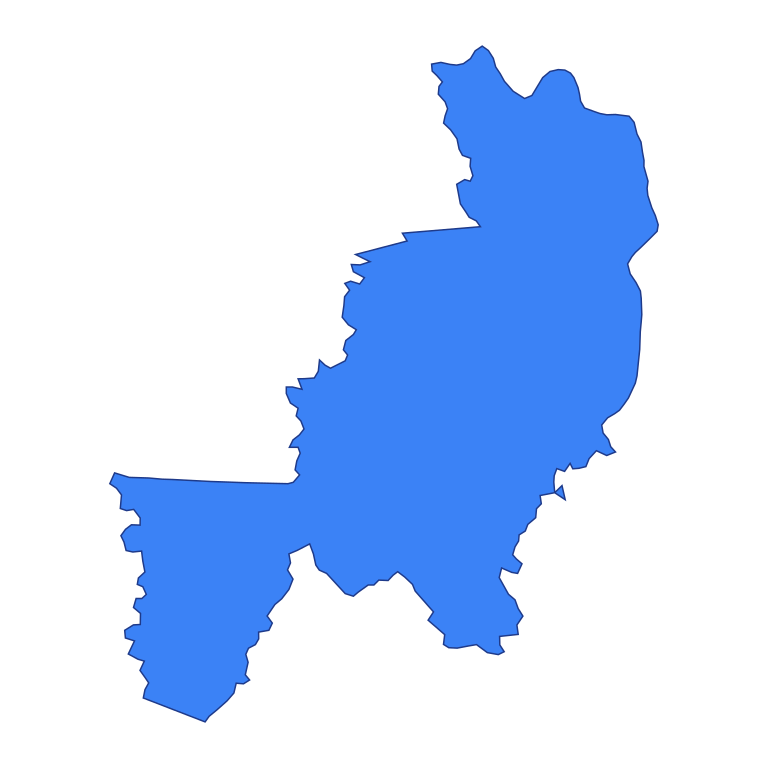 Nova Aurora, Paraná, Brazil
{"feature_id": "56859067B33155815190139", "entity_name": "Nova Aurora", "entity_type": "district", "adm_level": 2, "iso_a3": "BRA", "parent_name": "Brazil", "parent_adm1": "Paraná", "projection": "orthographic", "projection_center": [-53.289, -24.494], "detail": "fine", "context": "isolated", "style": "filled", "palette": "blue", "viewbox_px": 768, "rotation_deg": 0, "n_neighbors": 0, "source": "geoboundaries", "source_scale": "gbopen_adm2", "svg_char_len": 3548}
<svg xmlns="http://www.w3.org/2000/svg" viewBox="0 0 768 768"><path d="M120.9,535.7L124.0,542.1L126.1,550.5L132.8,552.0L141.6,551.1L142.8,561.0L144.9,572.0L138.4,578.0L137.3,584.4L142.8,586.7L146.3,594.4L141.9,598.5L136.1,598.5L133.5,607.5L140.5,613.4L140.3,624.5L133.4,624.9L124.7,630.3L125.4,638.0L134.5,640.9L128.3,654.0L137.9,659.2L144.3,661.1L140.0,670.4L145.5,678.1L148.7,682.9L145.0,689.6L143.3,698.0L205.1,721.9L209.1,716.3L217.0,709.8L227.1,700.8L233.9,693.0L236.2,683.2L243.5,683.8L249.6,680.0L245.3,674.8L248.1,662.3L245.8,654.3L248.5,648.2L255.4,644.6L258.7,638.9L258.6,632.1L268.9,630.3L272.3,623.1L267.1,616.0L274.9,604.5L281.7,598.8L288.9,589.5L293.0,579.1L287.5,569.9L290.5,562.9L288.9,553.9L297.2,550.4L309.7,543.9L313.4,553.9L315.8,565.0L319.3,570.1L326.6,573.4L345.2,593.6L353.4,596.2L358.4,592.0L368.2,585.0L373.9,585.0L378.8,580.1L388.1,580.5L393.1,575.2L397.7,571.7L404.7,577.0L412.5,584.4L415.2,591.1L433.5,611.9L428.1,620.2L444.7,634.6L443.5,644.4L448.8,647.7L457.2,648.1L468.3,646.0L476.5,644.6L487.3,652.6L498.3,654.6L504.2,651.7L499.8,644.9L499.6,636.4L518.2,634.4L516.9,625.0L522.9,616.1L518.2,608.6L515.0,599.8L508.5,594.3L499.2,577.6L501.6,568.0L511.8,572.4L517.6,573.4L522.0,563.8L516.4,559.0L512.7,554.8L515.0,546.9L518.6,541.0L519.1,534.9L525.3,531.0L527.8,524.4L535.7,517.7L536.5,508.7L541.3,503.8L540.1,495.5L548.5,493.9L554.7,492.7L553.8,482.0L554.2,475.7L556.8,468.6L564.6,471.4L570.1,463.4L572.8,468.8L578.9,468.3L585.9,466.6L589.1,458.6L596.4,450.7L606.7,455.5L615.5,452.0L610.7,446.7L608.4,439.5L603.1,433.0L601.7,425.0L607.6,417.8L614.6,413.7L619.5,410.2L624.3,403.9L628.4,398.0L635.3,383.2L637.0,375.9L638.5,361.1L639.7,349.6L640.3,331.6L641.2,322.0L641.8,314.6L641.2,298.3L640.4,291.0L636.0,282.5L630.2,273.9L627.6,263.9L631.9,256.6L635.4,252.4L640.9,247.3L648.5,239.9L657.1,231.3L658.2,224.8L655.3,215.5L651.8,207.8L647.8,195.4L647.1,188.3L648.0,181.2L643.9,166.5L644.0,160.4L642.5,152.3L641.0,142.0L637.0,134.0L634.1,122.3L629.1,116.2L615.4,114.5L606.9,114.8L599.9,113.5L594.4,111.6L584.5,108.0L580.6,101.2L579.5,94.2L578.0,87.5L573.9,77.6L570.5,73.1L564.9,70.1L558.2,69.6L550.0,71.5L542.7,77.6L531.9,95.5L524.6,98.5L513.2,91.3L504.4,81.3L500.2,73.7L495.7,67.0L493.3,58.3L488.4,50.6L482.2,46.1L475.2,50.8L470.5,58.6L463.4,63.7L456.7,65.1L450.0,64.4L440.9,62.4L431.6,64.1L432.2,71.1L436.9,75.6L442.4,81.9L439.0,86.4L438.3,94.2L445.1,101.8L447.6,108.7L445.1,115.9L443.6,123.1L450.6,129.8L457.0,138.8L459.1,149.1L462.5,155.4L470.7,158.3L470.1,166.3L472.9,175.7L470.2,181.2L464.7,179.6L456.7,184.3L458.4,193.3L460.4,203.9L466.0,212.2L469.2,217.3L476.3,220.9L480.4,226.7L402.4,233.2L407.1,241.0L355.6,254.5L362.9,258.2L370.0,261.7L360.1,264.9L351.3,264.5L353.4,271.7L364.4,277.7L359.7,284.0L350.6,281.2L344.8,283.4L349.6,290.2L344.6,296.7L343.9,305.5L342.2,317.2L348.4,324.8L356.3,329.7L353.4,334.5L345.8,340.5L343.4,349.8L347.6,355.0L345.2,360.8L335.9,365.5L330.5,368.2L325.1,365.2L319.5,360.0L318.3,371.3L314.3,378.0L304.2,378.7L298.1,378.8L302.0,389.3L292.4,387.0L286.3,387.0L286.3,393.5L290.4,403.0L298.1,408.2L296.2,415.9L300.9,421.0L304.0,429.0L299.4,434.9L293.0,439.9L289.4,447.3L298.1,447.3L300.2,453.2L296.8,460.9L295.1,469.9L299.6,474.9L293.3,482.3L288.0,483.7L244.8,482.7L228.6,482.1L210.9,481.5L172.4,479.5L162.3,479.2L148.8,478.0L129.3,477.4L114.6,472.9L109.8,483.7L116.5,488.2L121.5,494.9L120.3,508.5L126.6,510.6L133.7,509.4L140.2,518.0L140.1,525.1L131.4,524.8L125.5,529.3L120.9,535.7ZM554.7,492.7L565.2,499.7L562.0,485.6L554.7,492.7Z" fill="#3b82f6" stroke="#1e3a8a" stroke-width="1.5"/></svg>